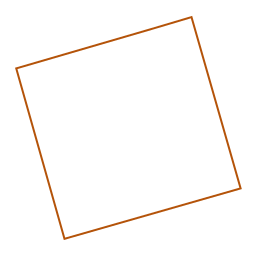 Baylor, Texas, United States of America, rotated 74°
{"feature_id": "52423323B2493878028026", "entity_name": "Baylor", "entity_type": "district", "adm_level": 2, "iso_a3": "USA", "parent_name": "United States of America", "parent_adm1": "Texas", "projection": "natural_earth1", "projection_center": [-99.301, 33.616], "detail": "fine", "context": "isolated", "style": "outline", "palette": "amber", "viewbox_px": 256, "rotation_deg": 74, "n_neighbors": 0, "source": "geoboundaries", "source_scale": "gbopen_adm2", "svg_char_len": 229}
<svg xmlns="http://www.w3.org/2000/svg" viewBox="0 0 256 256"><g transform="rotate(74 128 128)"><path d="M38.9,36.4L39.3,78.4L39.9,219.0L217.0,219.6L217.1,36.4L38.9,36.4Z" fill="none" stroke="#b45309" stroke-width="2"/></g></svg>